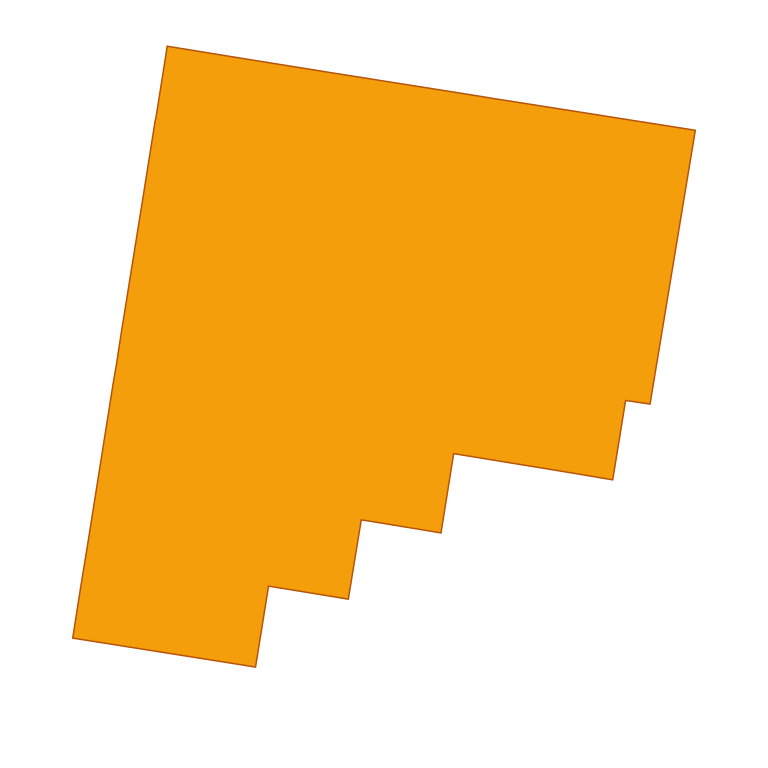 the district of Curry, New Mexico, United States of America, rotated 189°
{"feature_id": "52423323B94709577697602", "entity_name": "Curry", "entity_type": "district", "adm_level": 2, "iso_a3": "USA", "parent_name": "United States of America", "parent_adm1": "New Mexico", "projection": "robinson", "projection_center": [-103.219, 34.628], "detail": "fine", "context": "isolated", "style": "filled", "palette": "amber", "viewbox_px": 768, "rotation_deg": 189, "n_neighbors": 0, "source": "geoboundaries", "source_scale": "gbopen_adm2", "svg_char_len": 685}
<svg xmlns="http://www.w3.org/2000/svg" viewBox="0 0 768 768"><g transform="rotate(189 384 384)"><path d="M118.1,405.8L116.2,683.3L321.6,683.1L331.5,683.2L439.2,683.2L491.2,683.2L574.4,683.4L651.0,683.7L650.9,674.4L650.9,613.0L650.9,612.9L650.9,611.7L651.1,609.3L651.2,608.2L651.2,604.6L651.2,602.9L651.2,599.9L651.2,596.8L651.2,593.5L651.2,589.1L651.2,542.9L651.2,539.3L651.2,539.2L651.2,536.5L651.5,391.9L651.3,361.3L651.6,344.6L651.6,274.6L651.6,233.3L651.6,179.9L651.8,134.5L651.7,84.3L466.6,84.3L466.4,166.3L385.6,165.9L385.2,246.3L344.7,246.1L304.4,245.8L304.3,326.1L197.2,325.6L143.1,325.1L142.8,405.5L118.1,405.8Z" fill="#f59e0b" stroke="#b45309" stroke-width="1.5"/></g></svg>